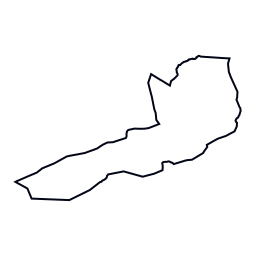 the district of Yaruu, Dzavhan, Mongolia
{"feature_id": "93677404B11621304927066", "entity_name": "Yaruu", "entity_type": "district", "adm_level": 2, "iso_a3": "MNG", "parent_name": "Mongolia", "parent_adm1": "Dzavhan", "projection": "natural_earth1", "projection_center": [96.632, 48.153], "detail": "fine", "context": "isolated", "style": "outline", "palette": "ink", "viewbox_px": 256, "rotation_deg": 0, "n_neighbors": 0, "source": "geoboundaries", "source_scale": "gbopen_adm2", "svg_char_len": 4681}
<svg xmlns="http://www.w3.org/2000/svg" viewBox="0 0 256 256"><path d="M234.5,131.4L236.8,126.4L236.8,126.0L237.0,122.8L236.8,122.6L236.6,122.4L236.4,122.2L236.1,122.0L236.0,121.8L236.0,121.7L235.9,121.4L235.7,121.1L235.6,120.9L235.6,120.6L235.6,120.4L235.7,120.2L235.8,120.0L235.8,119.9L235.9,119.7L236.1,119.4L236.2,119.2L236.3,119.1L236.5,118.8L236.6,118.4L236.8,118.2L237.1,118.1L237.3,118.0L237.4,117.9L237.5,117.9L237.9,117.6L238.1,117.4L238.2,117.2L238.3,117.0L238.4,116.8L238.5,116.6L238.5,116.4L238.7,116.0L238.8,115.8L238.9,115.6L239.1,115.5L239.2,115.4L239.3,115.3L239.4,115.0L239.5,114.5L240.6,111.0L240.6,110.9L240.3,108.1L239.6,107.3L236.5,99.7L236.8,98.6L237.1,97.8L237.4,93.4L237.5,91.8L230.8,77.1L228.9,72.0L228.5,68.3L228.4,68.1L228.4,67.7L228.0,63.7L228.1,63.3L229.5,58.4L226.8,58.3L226.6,58.3L224.5,58.1L223.7,58.1L221.5,58.0L221.4,58.0L220.3,57.9L213.1,57.4L211.5,57.3L205.1,56.9L200.8,56.6L199.5,56.0L199.2,55.9L198.8,55.9L198.6,55.9L198.3,56.0L198.2,56.1L198.0,56.3L197.5,56.7L197.2,57.0L196.9,57.1L196.6,57.1L196.4,57.3L196.4,57.5L196.5,57.7L196.5,57.8L196.4,57.9L196.2,58.0L195.6,58.4L195.5,58.6L195.3,58.8L195.2,58.9L194.7,59.0L194.6,58.9L194.4,58.9L194.1,58.9L193.7,59.0L193.2,58.9L192.9,58.8L192.8,58.7L192.7,58.7L192.6,58.8L192.5,58.7L192.4,58.7L192.2,58.7L191.9,58.8L190.3,59.2L190.1,59.3L189.9,59.4L189.7,59.4L189.4,59.3L189.2,59.4L189.2,59.5L188.9,59.5L188.7,59.5L188.4,59.7L188.4,59.8L188.3,60.1L188.3,60.3L188.1,60.4L187.6,60.7L187.2,60.9L186.9,61.0L186.7,61.1L186.4,61.2L186.3,61.3L186.1,61.3L186.0,61.2L185.8,61.3L185.7,61.4L185.4,61.5L185.2,61.5L184.9,61.7L184.7,61.8L184.4,61.9L184.1,61.8L183.9,61.9L183.7,62.0L183.4,62.2L183.2,62.3L183.1,62.5L182.9,62.6L182.7,62.7L182.5,62.8L182.3,62.9L182.2,63.0L181.9,63.2L181.8,63.3L181.7,63.4L181.6,63.5L181.4,63.7L181.3,63.8L181.2,63.9L181.1,64.0L180.9,64.3L180.6,64.5L180.4,64.8L180.2,65.0L179.9,65.1L179.7,65.1L179.4,65.1L179.1,65.0L179.0,64.9L178.9,64.9L178.8,65.0L178.5,65.2L178.3,65.5L178.1,66.5L178.0,66.9L177.8,67.1L177.7,67.2L177.4,67.3L177.3,67.5L177.2,67.7L177.2,67.9L177.1,68.2L176.9,68.4L176.7,68.6L176.5,68.9L176.4,69.1L176.4,69.3L176.4,69.5L176.4,69.9L176.5,70.1L176.5,70.3L176.6,70.5L176.7,71.2L176.7,71.6L176.8,71.8L176.8,72.1L176.8,72.3L176.8,72.6L177.2,73.1L177.3,73.2L177.4,73.5L177.5,73.7L177.6,74.1L177.6,74.4L177.6,74.9L177.5,75.3L177.2,75.7L177.0,75.9L174.9,78.0L174.1,78.8L172.2,80.2L171.7,80.5L171.2,80.9L170.3,83.8L169.9,85.6L166.6,83.6L161.3,80.3L161.0,80.2L160.8,80.1L160.3,79.8L160.1,79.7L157.7,78.2L151.1,74.1L148.8,81.0L148.3,82.6L148.2,82.8L150.0,89.9L151.8,96.7L153.3,104.3L153.7,106.2L154.3,109.3L155.7,113.1L156.3,119.9L159.2,124.0L148.6,128.1L144.4,128.7L140.5,128.8L134.5,128.6L128.5,129.9L128.0,130.2L127.7,130.6L127.4,130.8L127.2,131.2L127.0,131.5L126.9,132.1L126.7,132.5L126.7,132.8L126.6,133.3L126.5,133.8L126.5,134.9L126.6,135.2L126.6,135.8L126.5,136.3L126.4,136.6L126.3,137.1L126.2,137.4L125.9,138.0L119.0,140.2L113.0,142.2L109.4,142.4L107.4,142.5L103.0,144.6L101.3,145.7L97.1,148.5L94.6,149.4L94.5,149.5L90.0,151.1L84.8,153.0L74.7,154.9L72.3,155.3L66.9,156.4L54.4,163.3L42.3,168.3L36.8,172.6L29.4,175.7L17.7,180.8L16.7,181.2L16.5,181.3L15.4,181.9L21.4,185.2L27.4,188.5L31.6,198.6L69.4,200.1L69.5,200.0L87.2,191.3L89.7,190.1L100.0,182.1L100.4,182.0L100.7,182.0L100.9,181.9L101.1,181.9L101.3,181.8L101.4,181.7L101.5,181.6L101.8,181.2L102.1,180.9L102.2,180.7L102.3,180.6L102.8,180.4L103.2,180.2L103.8,180.0L104.2,179.8L104.5,179.6L104.7,179.4L105.5,178.9L105.8,178.5L106.1,178.3L106.3,178.1L106.5,177.7L106.7,177.3L107.0,176.5L107.0,176.2L107.0,175.9L107.1,175.7L107.3,175.5L107.7,175.1L108.1,174.6L108.2,174.4L111.4,173.8L123.6,171.4L142.7,176.7L149.9,174.8L153.9,173.8L158.9,171.7L162.5,170.2L162.7,167.5L162.7,166.5L162.7,165.8L162.7,165.4L162.6,165.1L162.5,164.6L162.3,163.9L162.3,163.5L162.3,163.3L162.3,163.0L162.4,162.9L162.5,162.7L162.9,162.3L163.2,162.2L163.5,162.1L163.8,162.0L164.2,162.0L164.6,161.9L165.2,161.9L165.5,161.8L165.8,161.8L166.1,161.8L166.3,161.9L166.7,161.9L167.0,161.8L167.3,161.7L167.5,161.6L168.0,161.5L168.3,161.4L168.5,161.4L168.9,161.4L169.1,161.5L169.4,161.6L169.6,161.7L169.8,161.7L170.1,161.9L170.3,161.9L170.5,162.0L170.9,162.3L171.0,162.4L171.2,162.5L171.3,162.6L171.6,162.7L171.9,162.7L172.0,162.7L172.4,162.8L172.6,163.0L172.9,163.2L173.1,163.4L173.3,163.7L173.7,164.1L179.3,162.4L181.9,161.6L182.2,161.6L182.3,161.5L185.2,160.6L186.8,160.2L192.0,159.7L193.4,158.9L194.7,158.1L194.9,158.0L203.2,153.0L204.2,151.2L206.6,147.9L207.3,146.8L207.1,146.2L207.0,145.7L206.9,145.2L206.8,144.9L211.0,142.5L214.0,140.8L214.2,140.7L217.8,138.7L226.0,135.9L232.1,132.6L234.5,131.4Z" fill="none" stroke="#020617" stroke-width="2"/></svg>